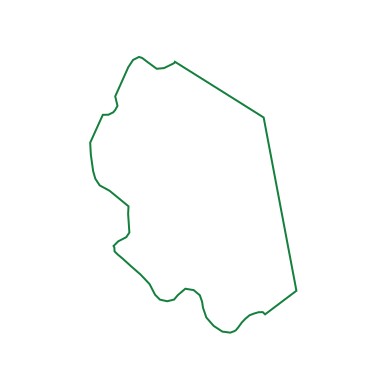 Black Mallet, Castries, Saint Lucia (Albers equal-area conic projection), rotated 159°
{"feature_id": "8701671B81790835951847", "entity_name": "Black Mallet", "entity_type": "district", "adm_level": 2, "iso_a3": "LCA", "parent_name": "Saint Lucia", "parent_adm1": "Castries", "projection": "albers", "projection_center": [-60.988, 14.005], "detail": "fine", "context": "isolated", "style": "outline", "palette": "green", "viewbox_px": 384, "rotation_deg": 159, "n_neighbors": 0, "source": "geoboundaries", "source_scale": "gbopen_adm2", "svg_char_len": 911}
<svg xmlns="http://www.w3.org/2000/svg" viewBox="0 0 384 384"><g transform="rotate(159 192 192)"><path d="M202.5,46.9L200.7,47.2L197.9,48.7L192.3,52.3L187.7,54.5L182.4,56.3L177.8,56.3L172.9,55.9L169.0,54.5L167.6,51.6L129.9,62.4L98.4,235.9L161.3,319.7L162.5,318.7L173.7,317.7L180.8,319.7L186.4,328.4L190.5,335.0L193.1,337.1L199.7,336.4L206.7,331.4L229.4,308.8L230.7,299.1L234.3,296.1L237.0,294.6L242.4,294.1L244.0,294.7L247.6,296.0L269.4,274.5L273.1,263.0L275.3,253.4L276.8,247.0L277.5,239.0L275.8,231.2L268.6,222.8L256.4,201.4L259.5,194.4L265.0,176.6L269.5,173.4L278.5,172.4L284.6,169.7L284.4,167.9L285.6,164.3L283.6,160.0L280.7,154.8L275.9,145.3L271.6,137.1L269.7,133.6L264.6,121.2L263.3,109.3L260.5,103.0L254.3,98.9L247.3,98.0L242.2,100.8L232.9,104.1L225.6,99.8L221.7,92.8L221.9,85.9L223.2,80.0L223.6,69.7L219.8,59.3L213.7,50.8L206.7,47.0L202.5,46.9Z" fill="none" stroke="#15803d" stroke-width="2"/></g></svg>